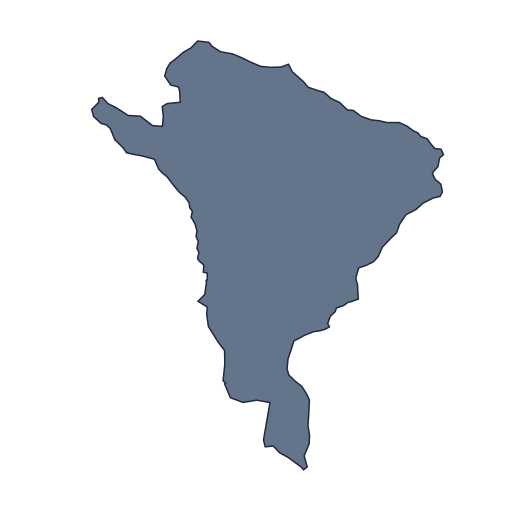 the district of Anogyra, Limassol, Cyprus, rotated 276°
{"feature_id": "46923920B16443175718696", "entity_name": "Anogyra", "entity_type": "district", "adm_level": 2, "iso_a3": "CYP", "parent_name": "Cyprus", "parent_adm1": "Limassol", "projection": "robinson", "projection_center": [32.732, 34.742], "detail": "fine", "context": "isolated", "style": "filled", "palette": "slate", "viewbox_px": 512, "rotation_deg": 276, "n_neighbors": 0, "source": "geoboundaries", "source_scale": "gbopen_adm2", "svg_char_len": 2225}
<svg xmlns="http://www.w3.org/2000/svg" viewBox="0 0 512 512"><g transform="rotate(276 256 256)"><path d="M48.3,325.7L51.6,329.0L62.3,324.8L74.8,328.5L83.2,328.0L93.0,325.4L103.7,325.0L118.3,324.2L124.3,320.6L131.1,315.2L135.5,308.2L141.1,301.1L147.0,298.7L157.0,298.6L167.2,300.9L175.6,302.6L178.6,307.4L182.3,312.7L186.7,321.1L188.5,328.0L190.6,332.8L193.2,336.5L196.3,334.4L203.8,336.2L208.8,340.5L212.8,341.5L215.8,348.2L219.5,352.2L220.7,355.6L223.8,362.2L225.3,362.0L237.8,360.0L244.5,357.5L254.9,359.4L258.1,366.4L262.5,373.3L268.0,377.5L277.9,380.7L288.0,388.4L293.7,393.3L302.6,395.5L312.7,400.8L319.1,410.4L326.2,416.8L332.1,426.0L334.5,432.8L339.1,434.7L342.4,433.7L346.8,432.3L351.2,425.9L357.0,422.7L364.1,427.7L372.7,428.3L376.4,431.9L381.5,428.9L381.6,422.5L385.6,418.3L390.5,414.0L392.1,407.4L392.6,406.8L395.4,404.1L396.9,399.5L401.1,392.4L403.7,384.3L402.4,372.2L403.4,364.5L403.4,356.4L405.9,345.9L410.9,337.7L410.9,331.5L417.5,323.0L420.5,314.1L426.0,306.4L427.2,299.1L429.3,290.2L434.4,284.9L443.0,272.8L450.1,268.3L449.3,266.7L446.6,261.4L445.1,250.4L445.1,240.8L448.2,230.5L451.4,222.0L454.6,211.3L455.4,199.4L459.8,190.6L463.6,186.8L463.7,175.5L456.1,169.5L451.0,162.4L442.8,154.7L438.7,150.3L433.0,147.7L425.4,146.4L417.2,153.2L415.9,161.4L411.5,162.9L401.0,164.6L399.7,158.4L398.2,151.5L394.8,147.1L385.5,149.2L375.2,149.4L374.8,139.6L383.0,126.3L382.4,114.2L388.7,101.8L392.1,92.8L397.6,86.6L396.3,82.9L392.8,83.8L384.6,77.3L377.8,79.8L371.6,88.2L370.8,93.4L367.4,97.9L356.9,103.4L353.9,107.3L349.3,112.9L345.1,116.5L344.4,122.4L343.6,132.5L341.6,144.9L332.0,150.3L328.3,154.9L325.5,159.3L320.1,164.3L315.2,169.1L311.1,173.4L307.3,179.2L301.9,183.9L297.0,185.1L293.9,188.0L287.7,187.4L285.8,189.0L281.1,192.2L274.8,194.7L269.2,194.3L264.4,197.1L257.5,196.4L253.6,198.9L247.4,198.1L245.1,200.0L241.5,205.1L234.4,205.3L233.9,209.3L228.1,209.9L226.7,209.2L226.8,209.5L212.4,209.1L204.9,203.0L200.1,213.0L193.2,213.0L181.0,216.0L166.6,227.2L158.7,234.6L145.2,236.3L140.4,236.3L128.6,236.3L126.2,239.0L125.5,238.2L112.4,245.3L109.0,258.5L112.7,271.7L111.7,285.2L73.9,282.7L67.2,285.1L68.8,293.0L62.7,300.1L59.2,308.6L51.0,322.8L48.3,325.7Z" fill="#64748b" stroke="#1e293b" stroke-width="1.5"/></g></svg>